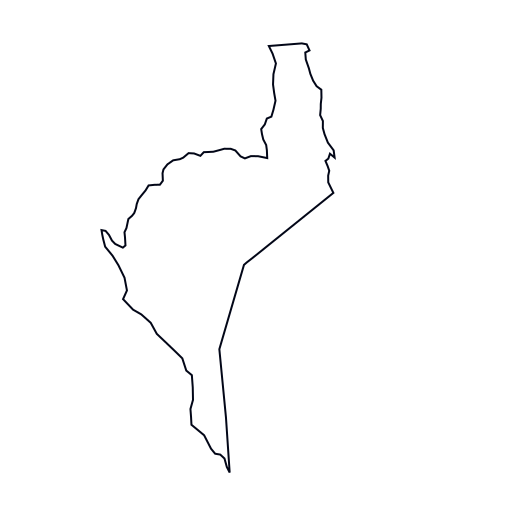 Cristianópolis, Goiás, Brazil, rotated 334°
{"feature_id": "56859067B80727765161187", "entity_name": "Cristianópolis", "entity_type": "district", "adm_level": 2, "iso_a3": "BRA", "parent_name": "Brazil", "parent_adm1": "Goiás", "projection": "equal_earth", "projection_center": [-48.7, -17.237], "detail": "fine", "context": "isolated", "style": "outline", "palette": "ink", "viewbox_px": 512, "rotation_deg": 334, "n_neighbors": 0, "source": "geoboundaries", "source_scale": "gbopen_adm2", "svg_char_len": 1635}
<svg xmlns="http://www.w3.org/2000/svg" viewBox="0 0 512 512"><g transform="rotate(334 256 256)"><path d="M128.5,165.0L127.1,169.7L126.0,174.1L124.5,181.5L127.2,192.9L128.3,204.0L128.3,217.9L124.9,230.4L117.6,236.5L122.0,250.4L127.3,258.2L132.1,269.9L132.7,282.5L140.9,304.5L144.9,315.7L143.1,328.4L146.1,335.0L141.5,346.5L136.3,357.7L130.0,364.8L126.9,372.6L124.0,379.4L130.8,394.4L131.1,409.5L132.6,415.8L136.8,418.8L138.9,424.2L137.3,432.8L137.4,439.1L158.2,388.0L182.2,323.7L241.3,258.7L245.0,257.7L248.4,257.0L255.3,255.5L353.2,233.2L353.2,221.5L356.1,215.4L359.2,211.5L359.8,206.6L360.1,201.0L363.7,200.2L367.3,196.5L369.8,202.0L372.1,195.1L370.3,185.6L371.0,176.5L372.2,170.2L375.3,164.0L375.4,157.5L378.7,152.1L380.9,147.7L384.2,142.5L387.6,135.2L384.9,130.0L384.2,123.5L384.7,116.1L385.8,110.5L386.9,101.2L389.5,94.7L394.2,94.7L394.4,88.0L390.4,85.0L359.6,72.9L359.6,81.4L358.3,91.7L351.4,100.2L346.5,109.3L343.8,117.4L341.6,125.0L335.7,132.3L330.9,137.5L326.0,137.2L321.6,141.6L316.3,144.2L314.8,149.1L313.6,154.5L313.8,160.7L312.1,165.8L309.0,172.9L301.6,167.2L295.2,164.0L288.8,163.4L285.8,159.7L283.7,152.1L280.3,148.6L274.5,145.7L270.6,145.0L263.4,143.6L258.0,141.3L254.6,139.8L249.9,141.6L245.3,136.7L240.5,134.0L233.7,135.7L230.0,135.6L223.5,133.7L216.6,134.8L210.8,137.6L208.3,140.6L205.3,147.5L200.9,149.8L195.9,147.5L190.4,145.5L185.4,148.7L179.5,151.4L175.3,153.4L171.6,157.0L169.1,160.4L165.4,164.0L162.3,165.5L157.5,166.8L151.8,174.1L148.2,177.0L146.4,181.9L143.3,189.3L140.0,190.1L137.2,186.6L134.7,183.4L133.3,179.0L133.1,172.6L131.8,167.5L128.5,165.0Z" fill="none" stroke="#020617" stroke-width="2"/></g></svg>